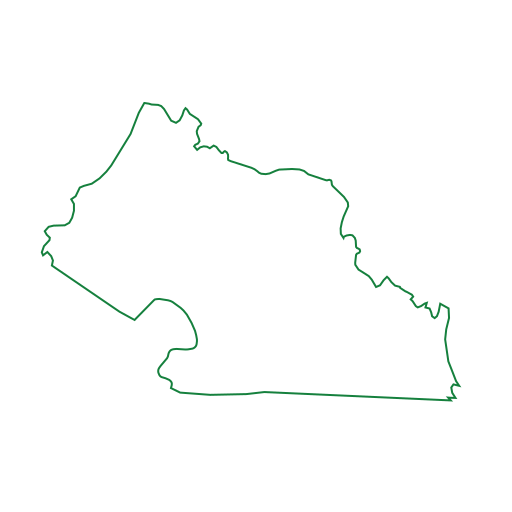 outline of Grand Gedeh, rotated 5°
{"feature_id": "LBR-793", "entity_name": "Grand Gedeh", "entity_type": "County", "adm_level": 1, "iso_a3": "LBR", "parent_name": "Liberia", "parent_adm1": "", "projection": "albers", "projection_center": [-8.193, 5.975], "detail": "fine", "context": "isolated", "style": "outline", "palette": "green", "viewbox_px": 512, "rotation_deg": 5, "n_neighbors": 0, "source": "natural_earth", "source_scale": "10m", "svg_char_len": 2815}
<svg xmlns="http://www.w3.org/2000/svg" viewBox="0 0 512 512"><g transform="rotate(5 256 256)"><path d="M131.5,113.3L136.1,113.6L138.8,114.2L145.3,114.0L148.5,114.9L151.6,117.6L159.7,128.6L164.7,130.3L168.1,127.5L170.3,122.4L171.5,117.3L172.9,114.9L174.6,116.1L177.7,120.2L186.3,124.8L189.9,128.9L189.5,130.5L187.5,132.3L186.1,136.8L186.6,139.4L189.1,144.5L189.7,146.6L188.3,149.1L185.8,150.5L184.8,152.1L188.1,155.4L191.0,152.6L194.4,151.3L197.7,151.4L200.6,152.7L204.2,149.7L207.0,150.8L209.7,153.8L212.6,156.4L213.9,156.3L214.8,155.0L215.9,154.2L217.9,155.3L219.3,157.5L219.6,159.8L219.6,161.6L220.0,162.8L222.5,163.7L243.7,168.5L247.0,169.7L250.0,171.5L251.8,172.8L254.1,173.6L258.5,173.6L262.3,172.6L268.4,169.3L271.6,167.9L284.3,166.2L291.8,166.0L296.5,167.1L301.0,170.1L318.6,174.3L320.1,174.5L321.3,174.0L322.5,173.7L324.2,174.2L324.7,175.1L325.4,178.4L326.4,179.7L338.5,189.5L342.8,194.7L343.5,198.4L339.9,209.0L338.6,214.8L337.9,221.1L338.6,226.6L341.6,230.4L341.8,229.2L344.4,227.7L347.8,226.8L350.3,227.0L352.9,229.4L354.0,232.0L354.9,238.2L355.8,239.2L357.3,239.7L358.7,240.4L359.3,242.1L358.7,243.6L356.2,245.0L355.6,246.2L355.4,254.1L355.7,256.1L359.3,260.6L370.1,266.2L373.4,269.5L378.3,276.4L382.1,274.4L385.3,268.9L388.3,265.3L390.1,266.7L393.1,270.2L397.1,273.4L402.0,274.2L402.4,275.2L408.1,278.3L408.8,278.4L414.7,281.0L416.1,282.8L413.9,285.7L416.0,287.4L419.6,292.0L421.6,293.1L424.8,291.5L428.2,288.7L430.2,287.8L429.3,292.5L433.5,293.2L435.4,296.8L436.7,300.7L439.4,302.3L441.5,300.2L442.8,295.7L443.7,287.5L452.4,291.4L453.7,300.9L451.9,312.5L451.7,322.6L456.8,344.2L460.4,351.4L466.2,363.2L469.7,367.6L463.9,366.7L462.0,370.0L463.4,375.2L467.1,380.0L461.6,380.3L459.8,380.3L462.6,382.9L276.2,390.8L258.5,394.4L222.6,398.3L192.4,398.7L182.8,395.0L183.3,392.1L183.3,391.0L183.2,390.0L182.7,389.0L181.8,388.0L180.4,387.0L176.6,385.7L172.3,384.8L171.1,384.1L170.1,383.0L168.9,380.7L168.6,379.3L168.6,378.0L168.9,376.8L169.4,375.7L170.6,373.7L176.3,365.6L176.7,364.6L177.0,363.7L177.4,360.7L177.7,359.7L178.2,358.7L178.8,357.8L179.7,357.0L180.7,356.5L181.7,356.1L183.8,355.7L185.0,355.5L193.9,355.3L196.2,355.0L200.8,353.8L201.8,353.3L202.7,352.6L203.4,351.8L204.0,350.9L204.3,350.0L204.5,349.0L204.6,346.0L204.4,344.1L203.3,340.1L201.8,335.9L197.6,328.2L192.3,320.5L188.5,316.6L185.4,314.2L176.9,309.1L174.8,308.3L172.3,307.8L163.6,307.2L160.9,307.6L159.0,308.1L158.2,308.9L140.6,330.3L124.9,323.4L53.5,283.3L54.1,278.2L52.0,274.0L47.8,270.2L43.8,273.9L42.3,271.0L43.9,264.7L48.9,258.2L49.0,255.7L45.7,253.1L43.4,249.7L46.9,245.0L51.7,243.4L62.8,242.1L67.1,239.2L69.5,233.9L70.7,226.8L70.1,220.0L67.0,215.6L71.1,212.2L74.5,203.2L78.5,201.1L86.1,198.3L93.4,192.3L99.6,185.0L103.9,178.4L120.4,145.4L126.8,123.5L131.4,113.3L131.5,113.3Z" fill="none" stroke="#15803d" stroke-width="2"/></g></svg>